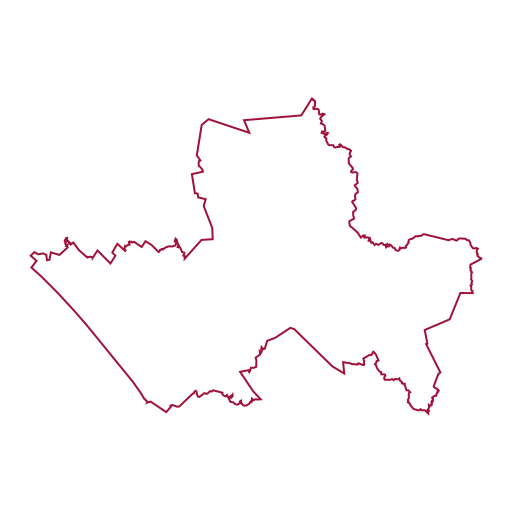 outline of Rosario, Sinaloa, Mexico
{"feature_id": "50627088B45198070242199", "entity_name": "Rosario", "entity_type": "district", "adm_level": 2, "iso_a3": "MEX", "parent_name": "Mexico", "parent_adm1": "Sinaloa", "projection": "orthographic", "projection_center": [-105.736, 23.09], "detail": "fine", "context": "isolated", "style": "outline", "palette": "rose", "viewbox_px": 512, "rotation_deg": 0, "n_neighbors": 0, "source": "geoboundaries", "source_scale": "gbopen_adm2", "svg_char_len": 6055}
<svg xmlns="http://www.w3.org/2000/svg" viewBox="0 0 512 512"><path d="M311.9,98.5L301.3,115.4L244.0,120.2L249.3,132.8L208.6,119.2L201.7,124.9L196.8,155.4L200.4,160.5L199.0,161.1L198.6,162.6L198.8,166.0L200.4,167.1L202.3,169.5L202.9,171.7L191.9,174.1L194.9,193.2L197.6,193.6L198.2,197.4L205.7,199.2L203.7,205.9L212.3,228.1L212.7,239.2L201.5,239.9L184.6,258.8L184.6,257.4L185.3,256.4L183.3,255.6L184.5,253.5L184.2,252.6L182.1,252.1L180.2,247.6L177.6,247.1L177.8,246.3L179.0,245.8L177.7,243.5L176.7,239.8L175.6,238.7L174.6,241.2L176.2,243.1L175.4,245.4L172.3,246.5L168.4,246.3L167.0,247.2L165.9,247.2L163.0,249.4L162.7,249.0L161.7,249.0L161.4,249.6L160.1,249.8L159.3,251.6L158.6,252.0L151.6,245.0L145.5,241.2L141.7,247.0L134.0,241.8L132.4,242.5L131.4,241.7L130.3,242.3L129.6,241.5L128.8,242.1L129.5,244.7L127.8,245.0L125.7,246.5L125.1,246.0L124.4,248.5L125.5,250.4L125.1,250.9L117.3,243.8L112.3,252.5L115.4,255.7L110.4,263.5L97.5,250.5L92.5,258.1L92.4,257.1L89.7,256.7L88.8,257.2L87.5,256.9L87.1,257.4L78.9,250.1L73.3,242.5L70.7,244.6L69.9,243.9L70.5,243.4L70.3,242.9L69.5,242.6L68.7,243.0L69.0,242.0L67.9,241.0L67.0,241.3L67.1,237.9L65.9,238.2L66.0,239.2L65.0,240.0L64.6,241.3L65.5,242.8L65.3,243.8L66.2,244.4L66.0,245.8L67.2,245.5L67.0,246.1L67.7,247.4L59.4,254.9L50.9,252.4L49.5,259.7L47.0,260.2L46.3,254.9L43.2,253.4L38.1,254.3L34.4,252.1L30.7,255.7L36.5,260.9L31.4,267.5L42.5,277.6L58.0,293.2L74.4,311.0L86.6,325.0L132.7,381.6L140.1,392.0L144.6,399.3L145.5,399.6L146.3,401.0L147.8,401.7L147.2,402.7L150.6,401.6L166.2,412.1L171.0,406.6L170.4,406.0L170.8,405.4L172.5,405.0L176.7,406.6L179.1,406.6L192.9,393.5L193.8,393.4L194.5,391.6L195.4,390.8L196.6,391.6L196.7,393.7L197.9,396.5L199.4,397.0L204.1,393.3L205.2,393.2L206.2,393.9L207.4,393.6L210.1,391.2L211.8,391.5L213.1,390.3L222.4,392.7L222.1,393.7L223.5,395.5L225.9,396.4L227.0,395.0L228.5,398.1L229.1,398.1L228.9,397.3L230.2,396.7L230.9,395.8L231.5,396.1L232.5,394.7L232.6,395.9L231.5,397.6L229.3,398.0L228.9,398.8L230.5,402.0L233.2,402.3L235.2,404.2L237.5,404.6L239.1,403.7L240.4,403.4L239.8,401.5L241.1,400.7L241.2,402.7L243.0,405.1L244.1,405.7L245.9,405.6L249.0,403.9L250.6,401.6L251.4,402.1L252.0,398.6L252.7,399.3L253.0,400.5L255.9,399.1L257.3,399.6L260.7,399.3L253.1,391.2L240.1,371.8L248.5,370.2L249.3,372.1L250.5,370.0L250.4,369.0L251.0,367.7L253.7,367.8L256.2,366.8L256.4,360.4L255.6,357.7L260.1,354.6L259.8,351.4L261.2,352.6L261.8,351.2L261.9,350.6L261.2,349.6L261.6,347.2L263.3,349.2L264.8,348.6L267.2,340.8L275.2,337.8L290.3,327.9L294.1,329.0L332.4,366.4L344.2,373.5L343.1,362.2L350.1,363.2L352.3,364.3L353.1,364.0L357.0,364.6L357.9,364.3L358.1,363.4L359.5,363.5L360.3,364.1L363.1,365.0L363.2,364.6L364.0,364.7L364.1,361.4L363.4,358.6L369.0,355.2L371.7,354.8L373.2,351.7L374.0,352.2L376.0,354.7L378.5,360.6L376.7,361.0L376.0,363.2L374.9,364.2L375.8,364.9L377.3,368.7L379.7,371.6L381.2,372.1L381.2,374.3L384.5,374.4L385.2,374.9L385.3,375.5L384.1,377.9L384.7,379.7L390.0,379.8L392.2,379.1L393.6,380.2L395.2,378.8L397.4,379.4L399.3,378.4L400.1,380.8L402.0,382.1L401.9,383.4L404.7,383.8L404.5,385.1L405.1,385.8L406.5,390.3L408.5,390.4L410.1,392.2L409.3,392.5L408.8,393.4L408.8,398.2L407.8,400.1L408.5,401.4L407.8,402.3L409.9,403.7L410.4,405.3L413.6,409.0L418.9,410.4L419.9,410.1L420.5,409.2L422.4,410.5L423.8,410.2L425.1,410.4L428.2,413.5L428.2,412.2L427.4,411.6L429.0,410.9L428.5,410.0L427.7,409.7L429.2,407.5L428.9,404.8L430.6,405.7L431.9,404.8L431.4,402.8L432.3,402.3L432.5,401.7L431.9,402.0L431.6,401.3L433.0,399.6L432.9,398.5L432.2,398.0L432.2,397.4L434.9,395.7L436.3,395.8L436.6,393.4L437.7,392.4L437.5,391.3L438.4,391.3L438.7,390.5L437.2,388.9L434.0,387.1L433.7,386.4L438.3,374.0L440.4,372.5L426.1,344.1L427.4,343.7L424.7,330.0L449.7,319.3L460.4,293.0L472.7,293.1L472.3,292.1L472.6,291.3L471.7,291.0L471.2,289.3L471.3,286.9L470.5,285.5L472.0,284.4L471.3,283.2L472.2,281.1L471.0,279.2L471.4,277.8L471.2,274.7L471.9,272.5L471.3,272.3L471.5,271.3L470.5,270.5L470.9,268.2L470.2,268.0L470.1,267.5L470.5,264.6L481.3,258.9L481.2,258.2L479.4,257.6L477.5,255.8L477.7,254.3L477.1,254.0L477.3,253.1L476.6,252.1L477.0,250.0L477.9,248.7L476.5,248.0L474.8,248.4L472.8,248.2L470.4,244.6L470.4,242.9L469.0,240.4L466.9,240.1L465.6,238.8L459.5,238.4L457.9,239.2L457.4,240.2L456.2,240.6L452.5,238.9L448.5,240.2L424.2,234.2L423.1,234.4L421.2,235.9L418.8,235.9L418.0,236.5L416.0,236.0L412.2,238.8L411.0,238.8L409.0,239.9L408.4,241.5L408.8,242.5L407.7,243.5L407.5,244.5L405.8,245.8L406.0,247.5L404.7,248.1L403.5,247.6L401.3,248.2L400.5,248.2L400.0,247.6L399.6,248.5L399.6,249.9L398.8,250.6L397.0,250.7L395.5,249.8L394.6,248.0L393.2,247.8L391.1,245.4L389.2,244.4L388.3,245.2L388.8,246.3L386.9,246.6L386.1,247.3L385.7,245.8L386.4,244.4L384.9,245.1L383.5,244.8L382.7,243.5L381.5,242.9L378.3,244.9L376.1,243.8L374.5,245.0L372.6,242.2L371.3,242.8L370.3,241.1L368.6,240.7L369.0,239.7L370.3,239.8L369.7,237.8L367.3,237.4L364.5,237.7L364.1,237.0L364.8,235.6L363.5,235.3L360.8,237.5L357.7,232.7L352.0,227.5L350.4,226.5L349.8,225.5L349.3,222.5L349.5,221.1L354.1,218.6L353.2,215.0L353.1,211.9L355.7,210.0L356.1,208.6L355.5,207.0L352.1,201.9L352.7,200.9L354.2,200.5L355.4,199.4L355.0,195.4L355.8,193.7L357.8,192.4L357.5,189.4L354.7,185.3L357.8,182.8L356.8,179.5L357.5,173.5L356.7,172.5L355.4,172.1L352.1,172.5L351.2,172.1L351.2,171.0L353.0,169.0L352.9,168.2L348.9,163.5L348.6,158.9L349.2,157.7L351.0,156.4L349.6,154.5L349.9,152.7L351.0,151.0L350.8,150.4L348.9,149.2L347.8,149.2L345.4,147.5L343.0,147.2L340.1,144.3L339.3,144.9L340.2,146.2L339.6,147.0L337.8,146.8L335.5,147.5L334.2,147.2L333.2,145.2L329.2,145.2L328.0,144.2L326.1,140.2L326.4,138.4L324.5,137.0L324.4,136.4L327.3,134.3L327.9,133.1L327.1,132.9L325.6,134.3L321.6,132.8L322.2,131.4L324.9,131.6L325.3,131.0L324.6,125.7L323.0,124.3L320.9,123.5L321.9,121.2L320.2,118.7L321.2,116.9L324.4,114.3L322.8,113.6L320.4,114.6L319.5,114.5L318.9,113.4L319.1,112.0L318.6,109.6L316.9,108.7L314.3,109.2L313.4,108.8L313.3,107.4L314.5,106.7L315.1,105.6L314.8,104.7L315.1,101.3L314.9,100.9L313.2,100.2L313.3,99.4L311.9,98.5Z" fill="none" stroke="#9f1239" stroke-width="2"/></svg>